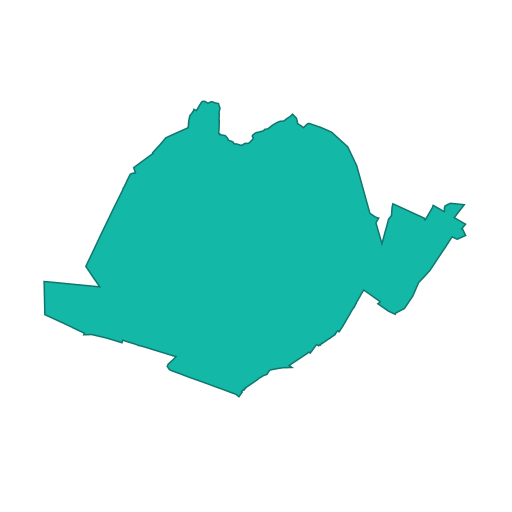 the district of Apodaca, Nuevo León, Mexico, rotated 295°
{"feature_id": "50627088B93095957405368", "entity_name": "Apodaca", "entity_type": "district", "adm_level": 2, "iso_a3": "MEX", "parent_name": "Mexico", "parent_adm1": "Nuevo León", "projection": "robinson", "projection_center": [-100.188, 25.787], "detail": "fine", "context": "isolated", "style": "filled", "palette": "teal", "viewbox_px": 512, "rotation_deg": 295, "n_neighbors": 0, "source": "geoboundaries", "source_scale": "gbopen_adm2", "svg_char_len": 5998}
<svg xmlns="http://www.w3.org/2000/svg" viewBox="0 0 512 512"><g transform="rotate(295 256 256)"><path d="M222.4,363.3L223.9,363.6L225.9,363.9L227.3,364.1L229.4,364.4L230.2,364.4L232.9,364.7L235.4,364.9L239.0,365.2L243.1,365.6L246.1,365.8L250.8,366.3L250.8,366.6L251.6,366.6L255.5,366.8L255.6,366.6L256.0,366.6L256.8,366.7L259.6,367.0L262.5,367.2L263.9,367.4L265.4,367.4L267.2,367.6L270.7,368.0L270.5,369.2L269.6,374.3L269.4,375.5L269.2,376.4L269.1,377.3L268.2,381.6L267.9,383.6L267.3,386.7L267.1,387.8L266.9,388.0L266.7,387.9L264.2,386.6L263.8,389.2L263.6,390.1L262.7,395.5L262.5,396.4L262.0,399.5L262.0,401.8L262.0,402.1L262.0,402.6L262.0,403.5L262.0,406.8L263.4,406.8L263.7,407.0L263.9,407.2L269.6,411.5L270.6,412.3L271.2,412.7L283.8,414.7L285.6,415.0L292.0,414.9L294.2,414.8L297.9,414.7L300.4,414.7L300.6,414.7L301.1,414.8L303.5,415.6L309.8,417.7L312.8,418.6L314.5,419.1L314.8,419.2L316.1,419.7L318.3,420.0L324.0,420.9L330.0,421.7L332.4,422.1L336.1,422.7L339.0,423.1L344.8,424.1L346.0,424.1L346.6,424.3L349.1,424.6L349.3,424.8L349.9,424.6L350.8,424.8L356.2,425.7L356.2,431.3L363.2,437.3L367.5,432.1L367.2,431.1L367.4,430.9L373.4,432.5L373.7,428.6L374.5,419.5L380.9,420.9L390.5,423.1L386.5,411.5L386.3,411.2L386.3,410.9L386.0,410.2L385.7,409.7L385.4,409.4L384.6,408.8L384.3,408.4L382.8,407.3L381.5,406.5L381.4,406.2L380.4,406.3L380.1,406.4L379.8,406.4L379.0,406.4L378.9,406.5L378.5,406.8L378.3,407.0L376.3,407.8L375.8,407.9L376.8,395.1L376.7,395.0L375.9,395.5L375.4,395.4L373.9,395.4L363.3,394.4L360.1,394.0L360.1,393.7L360.3,393.4L360.6,393.2L360.8,393.0L361.4,392.5L361.2,358.0L360.8,358.1L359.6,358.3L359.2,358.4L359.0,358.5L358.4,358.6L358.2,358.6L357.8,358.7L349.9,361.7L345.6,360.6L344.7,360.7L339.9,361.6L336.9,362.1L336.5,362.2L333.7,362.6L322.4,364.6L322.0,364.6L320.4,364.9L336.7,350.7L339.1,350.9L342.2,351.2L341.9,349.3L341.8,347.9L341.8,347.5L342.6,342.9L342.9,341.1L380.4,309.1L393.7,293.0L400.2,272.2L399.9,259.2L399.7,258.7L398.7,248.7L398.6,248.4L398.6,248.2L398.4,247.8L398.2,247.5L397.9,247.1L397.6,246.9L396.9,246.5L392.4,244.8L392.6,244.0L393.2,240.8L393.5,238.3L393.4,238.0L396.6,235.6L397.1,235.2L397.8,234.5L398.1,234.1L398.4,233.5L399.0,231.8L400.0,229.2L396.7,227.9L394.8,226.7L393.4,225.8L392.3,225.2L391.0,224.7L390.1,224.1L389.7,223.7L389.3,222.8L388.7,221.6L388.2,220.9L387.3,219.9L384.4,217.6L382.3,216.2L381.8,215.8L381.2,215.5L379.9,214.8L379.0,214.4L377.6,213.7L377.4,213.6L377.1,213.4L376.8,213.2L376.2,212.8L375.8,212.4L375.6,212.2L375.4,212.0L375.2,211.6L375.1,211.3L375.0,211.1L374.8,210.8L374.4,210.4L374.2,210.3L373.8,210.2L373.4,210.1L373.0,210.0L372.7,209.8L372.4,209.6L371.9,209.1L371.3,208.2L370.9,207.9L370.4,207.3L370.3,207.1L370.1,206.9L369.9,206.7L369.7,206.5L369.5,206.2L369.0,205.7L368.6,204.9L368.4,204.6L368.2,204.4L367.9,204.0L367.2,203.5L366.3,203.0L365.9,202.8L364.6,202.2L364.2,202.0L363.8,201.9L363.4,201.9L363.0,202.0L362.7,202.3L362.4,202.7L362.2,203.1L362.2,203.5L361.8,203.7L360.1,203.6L357.0,202.5L355.7,202.0L354.8,201.5L353.5,198.5L350.2,196.2L349.8,194.6L349.4,191.3L348.4,188.7L349.1,187.8L349.6,186.7L349.7,185.6L349.5,184.6L349.3,182.4L350.8,180.2L351.6,178.5L352.1,177.1L350.7,172.0L351.4,171.7L351.1,170.5L357.2,168.1L363.6,165.3L363.6,165.0L369.7,162.5L369.7,162.3L369.7,162.2L369.8,162.0L369.9,161.9L370.1,161.9L372.8,161.3L373.2,161.3L373.5,161.2L373.9,161.0L374.7,160.9L374.9,160.8L377.2,158.5L378.0,157.8L378.3,157.6L377.9,156.0L377.4,153.7L377.3,151.1L376.7,150.0L376.3,149.7L376.1,149.4L374.1,147.9L374.6,144.7L374.4,144.1L373.8,142.5L373.5,142.2L372.6,141.6L362.6,140.5L362.7,137.8L362.4,137.9L361.9,138.0L359.3,137.7L359.0,137.6L358.8,137.6L357.9,137.5L355.8,136.8L354.5,136.9L351.4,137.6L350.6,137.8L348.3,138.5L346.6,139.3L345.7,139.6L344.5,139.9L343.6,140.3L333.7,131.7L328.2,127.0L324.9,124.3L317.1,122.2L310.2,120.0L305.9,118.7L305.4,119.3L284.4,107.8L280.3,111.7L279.3,109.9L278.8,109.1L278.4,108.7L278.0,108.4L277.5,108.0L277.2,107.6L276.6,107.4L272.7,107.4L271.7,107.3L268.0,107.3L266.6,107.4L266.2,107.3L263.7,107.3L262.7,107.3L262.2,107.1L261.4,107.0L259.0,107.3L258.1,107.3L257.0,107.2L251.4,107.1L242.6,106.9L238.7,106.8L210.4,106.4L188.5,106.3L179.1,106.2L175.2,106.2L174.6,106.2L173.0,109.0L168.7,116.0L166.5,119.7L165.1,122.2L162.0,127.4L153.5,103.4L150.8,95.7L146.0,82.1L143.3,74.7L140.2,76.3L113.6,89.4L113.7,107.7L113.8,107.7L113.7,111.5L113.7,119.7L113.6,119.9L113.5,133.1L111.8,133.2L114.8,139.1L115.4,140.4L118.4,154.8L119.4,161.3L120.7,171.2L123.4,170.8L124.1,176.9L125.1,183.9L125.3,186.9L125.2,187.2L125.2,187.8L125.4,188.0L125.7,188.7L127.5,200.7L127.4,200.7L127.5,201.4L128.2,206.4L129.2,213.4L129.3,214.1L129.7,217.1L130.1,220.0L130.3,221.5L130.5,222.6L130.4,222.7L130.4,223.0L130.6,223.4L130.7,223.6L130.7,223.8L130.8,224.5L131.1,226.0L128.9,225.4L128.0,225.0L126.6,224.5L123.5,223.2L123.2,223.1L122.7,222.9L122.1,222.6L121.7,222.5L121.6,222.4L121.1,222.2L120.7,222.1L120.2,222.1L119.2,222.2L118.4,222.2L117.8,223.4L117.7,223.6L117.4,223.8L116.9,224.7L116.4,226.0L116.4,227.6L116.4,228.2L117.2,237.5L117.8,246.1L118.6,254.4L119.2,260.8L119.5,264.2L119.9,268.3L119.9,268.5L120.0,269.9L120.2,273.0L121.0,281.5L121.4,286.8L121.5,287.4L121.5,288.0L121.8,292.3L121.9,293.6L122.0,293.6L122.2,296.4L122.2,296.5L121.6,298.6L121.4,299.3L121.2,300.0L126.7,301.0L127.0,300.2L129.5,301.0L129.3,301.7L131.7,302.4L131.8,302.0L134.5,303.7L144.2,309.4L144.6,309.6L146.2,310.2L148.0,311.5L148.6,312.0L150.8,313.3L151.0,313.6L151.5,314.0L152.6,315.3L153.1,315.6L153.3,315.8L153.6,316.0L154.1,316.1L154.6,316.2L155.7,316.2L156.8,316.4L157.9,316.7L158.4,316.8L158.6,316.9L163.3,323.4L165.9,327.3L166.6,328.5L167.4,330.3L170.2,335.7L170.8,332.3L191.5,344.9L190.9,346.2L201.4,348.3L201.1,350.8L201.8,351.0L202.5,351.2L202.4,352.0L204.7,352.4L204.7,352.9L207.4,354.5L208.9,355.4L209.1,355.5L211.3,356.7L211.5,357.0L212.6,357.6L212.6,357.8L212.8,357.9L213.3,358.1L214.3,358.6L216.0,359.6L216.5,359.9L218.3,360.9L218.4,360.6L222.8,361.6L222.4,363.3Z" fill="#14b8a6" stroke="#0f766e" stroke-width="1.5"/></g></svg>